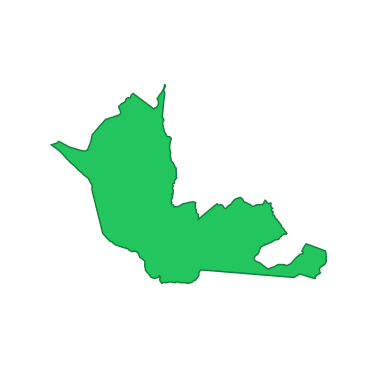 outline of San Antonino el Alto, Oaxaca, Mexico, rotated 196°
{"feature_id": "50627088B50879419202268", "entity_name": "San Antonino el Alto", "entity_type": "district", "adm_level": 2, "iso_a3": "MEX", "parent_name": "Mexico", "parent_adm1": "Oaxaca", "projection": "robinson", "projection_center": [-97.071, 16.822], "detail": "fine", "context": "isolated", "style": "filled", "palette": "green", "viewbox_px": 384, "rotation_deg": 196, "n_neighbors": 0, "source": "geoboundaries", "source_scale": "gbopen_adm2", "svg_char_len": 6025}
<svg xmlns="http://www.w3.org/2000/svg" viewBox="0 0 384 384"><g transform="rotate(196 192 192)"><path d="M266.5,127.8L264.4,126.3L258.1,122.5L256.9,122.1L255.1,121.9L252.6,120.7L251.2,120.2L242.4,119.7L238.2,119.8L236.4,118.8L235.0,118.5L234.5,118.4L233.9,118.3L233.7,118.3L233.3,118.1L232.7,118.4L232.0,118.8L231.5,119.3L231.0,119.4L230.4,119.3L229.8,119.4L229.3,119.3L227.5,118.7L226.8,118.1L226.1,117.4L224.4,115.2L223.6,114.5L222.5,114.4L218.6,112.7L218.1,112.2L217.1,108.0L216.1,106.1L215.2,104.2L214.6,103.5L214.1,103.5L213.5,102.8L213.1,102.4L212.3,102.1L209.6,100.2L208.6,99.3L207.9,98.8L207.1,98.7L205.8,98.6L204.3,98.8L203.6,98.8L202.8,99.3L201.7,100.1L200.5,100.8L200.3,101.4L200.2,102.3L198.7,101.6L199.0,99.1L199.0,98.8L197.7,97.4L195.9,95.8L194.6,97.1L193.9,97.3L193.6,97.5L191.6,97.7L188.8,99.5L183.3,100.1L182.4,101.3L180.2,101.6L178.3,101.5L174.7,102.8L171.9,102.9L170.4,103.3L169.4,103.9L167.7,104.7L167.0,105.4L166.0,107.1L164.1,108.5L164.0,109.3L162.9,111.7L162.5,113.8L162.6,114.5L163.0,115.4L163.2,116.6L162.8,117.8L162.0,119.6L70.3,138.0L65.9,142.9L50.9,142.6L49.8,142.8L50.0,143.5L50.0,144.2L49.8,144.9L49.7,145.2L49.4,145.7L49.3,146.2L49.1,146.5L48.7,146.8L48.3,147.6L48.0,147.7L47.7,148.0L47.3,148.1L46.6,148.9L46.4,149.9L46.6,149.9L47.3,150.5L47.5,151.1L47.7,151.6L48.1,152.8L48.2,153.4L48.1,154.0L48.0,154.6L47.3,155.9L46.7,156.3L46.0,157.4L45.4,157.8L45.0,158.3L44.4,159.2L43.9,160.8L43.8,161.8L44.4,164.1L44.8,165.4L45.1,166.8L45.5,167.7L45.9,169.1L46.5,170.1L46.8,171.1L47.4,171.7L47.6,172.1L68.0,173.7L69.1,170.2L69.4,169.4L69.7,168.6L69.7,167.0L69.9,166.6L70.0,166.0L70.1,165.4L69.7,165.1L69.3,165.0L68.6,164.7L68.3,164.3L68.3,163.6L68.6,163.2L69.2,162.9L70.3,162.4L71.2,161.8L72.0,160.0L72.4,159.7L73.1,158.8L75.4,154.3L76.8,151.1L77.5,149.9L78.4,149.4L80.0,147.8L80.6,147.4L83.9,147.5L85.9,147.0L86.9,146.6L88.6,146.3L89.8,145.4L90.9,144.5L91.9,143.0L95.1,141.0L96.3,140.0L97.4,138.7L107.9,142.8L108.8,142.7L111.0,143.0L111.8,143.3L112.8,143.6L113.6,144.3L114.0,145.2L114.1,146.4L113.8,147.2L113.0,148.7L112.1,149.8L111.5,150.7L111.3,151.2L110.8,158.0L108.3,160.4L107.5,161.1L106.5,162.2L105.2,162.8L104.1,163.8L101.3,165.9L100.8,166.8L100.0,167.7L99.4,168.2L99.0,168.8L98.1,169.1L96.1,170.1L95.6,170.5L95.2,171.7L93.6,174.9L92.9,176.0L92.3,176.4L91.6,177.0L90.6,177.2L89.9,177.2L89.4,178.3L90.0,178.5L90.3,179.2L90.9,179.7L91.6,180.0L92.4,180.0L93.0,181.0L93.4,181.5L94.0,182.2L95.2,182.4L95.6,182.5L96.1,183.2L96.5,183.6L96.9,184.4L97.6,185.1L100.6,187.3L101.8,187.8L102.7,189.1L103.7,189.1L104.8,190.0L106.1,191.9L107.0,192.0L108.3,193.2L108.9,194.1L108.3,195.1L109.7,195.8L110.2,195.7L110.7,196.4L110.9,197.2L110.0,198.5L111.4,199.3L112.4,200.1L112.7,201.2L112.7,202.6L113.0,203.0L113.8,203.0L114.5,202.3L115.3,202.0L116.3,202.1L116.9,202.2L117.4,203.0L118.0,203.4L118.7,203.9L119.5,204.2L119.8,202.5L119.9,202.2L120.1,201.2L120.3,200.5L120.6,199.7L120.9,199.3L121.6,199.3L122.2,199.0L122.8,198.5L125.1,198.1L126.9,197.1L127.9,196.0L129.5,194.9L130.5,194.9L131.1,195.2L132.3,195.9L132.7,196.1L133.4,196.1L135.2,196.2L136.4,196.6L137.7,196.9L138.4,196.7L139.2,197.0L139.9,197.5L140.5,198.1L141.2,198.9L142.7,199.7L143.7,200.1L144.4,199.7L144.9,199.7L145.6,199.3L146.1,198.5L146.7,198.3L147.6,197.9L148.1,197.4L148.9,196.4L150.0,194.3L150.4,193.3L150.8,191.8L151.3,190.9L152.1,190.1L153.0,189.1L153.7,188.2L154.1,187.3L154.4,186.2L154.9,185.5L155.6,185.2L156.5,185.5L157.2,186.1L157.9,186.8L158.5,187.2L159.4,187.6L160.3,187.8L161.1,187.8L161.6,187.2L162.4,186.7L163.3,186.8L164.8,187.5L178.4,167.5L179.2,170.8L179.7,171.7L179.9,172.1L181.8,173.0L182.3,173.5L182.5,174.1L182.6,175.2L182.8,175.6L183.4,176.4L184.2,177.1L184.8,177.8L184.7,178.9L185.5,181.3L185.4,182.7L186.3,182.9L188.1,182.9L188.5,182.8L189.2,182.5L189.8,182.2L191.1,181.7L191.5,181.5L193.9,180.0L194.7,179.6L198.1,177.6L200.0,175.4L201.0,174.5L203.1,173.5L205.2,172.5L206.0,174.2L206.9,174.3L208.3,174.9L208.8,175.6L208.5,176.2L209.2,176.7L209.2,177.3L209.8,177.9L209.8,179.0L209.1,180.8L209.2,181.3L209.7,181.4L209.6,182.5L209.7,183.7L210.6,184.1L210.6,184.6L209.7,184.9L209.9,186.0L210.1,186.2L210.1,186.4L210.2,186.6L210.3,187.0L210.2,187.5L210.3,188.1L210.7,188.8L211.3,189.2L211.4,189.8L211.5,190.2L211.8,190.2L211.9,190.8L211.6,191.9L211.9,192.8L212.5,193.9L212.4,194.7L211.7,195.1L211.4,195.6L211.5,195.9L211.5,196.8L211.7,197.2L211.7,197.6L212.1,198.3L211.8,198.8L211.4,199.7L211.1,200.4L210.8,200.8L210.8,201.2L210.8,201.8L211.2,201.8L211.3,202.2L212.5,206.6L213.1,207.8L213.7,210.5L213.9,210.7L215.2,211.4L218.0,214.6L220.5,216.4L223.1,221.2L223.1,221.7L223.1,222.4L223.4,223.8L224.2,225.2L225.7,228.1L226.0,229.8L226.4,231.7L226.5,233.1L226.7,233.8L226.8,235.0L226.5,237.3L227.3,238.1L228.5,238.9L228.8,238.9L230.2,238.6L231.8,238.7L232.5,239.9L234.9,242.1L237.1,245.9L238.3,248.3L238.8,249.0L239.2,249.9L239.2,252.0L238.8,253.3L239.7,254.6L240.2,255.2L241.2,255.6L244.6,273.9L245.3,279.3L247.2,282.2L247.3,282.7L247.1,284.0L246.8,285.8L246.9,286.6L247.9,288.2L247.7,286.4L247.6,285.5L247.7,284.2L248.1,281.3L248.9,278.4L249.1,278.2L249.3,278.0L249.4,277.7L249.5,277.4L250.3,275.3L250.8,272.8L251.3,272.3L249.1,269.5L248.8,268.2L248.5,267.3L248.5,266.2L248.9,265.0L249.8,263.2L250.6,262.8L251.6,261.3L275.8,270.5L277.1,268.5L277.3,265.2L278.3,265.1L279.3,265.1L280.5,264.0L281.1,262.7L280.9,261.4L281.4,260.3L281.4,259.8L282.5,258.7L284.2,257.4L284.5,256.6L284.9,255.6L285.8,254.7L285.9,253.4L284.8,251.9L283.3,250.1L282.7,249.5L282.4,249.1L282.2,248.5L282.8,246.7L283.9,245.6L284.5,244.7L285.6,244.6L286.5,243.6L287.2,243.4L287.8,243.0L288.1,242.3L288.4,241.9L289.4,241.8L290.0,241.5L291.6,240.2L292.5,239.7L292.9,239.4L293.1,239.1L293.3,238.9L295.0,238.1L303.7,219.6L303.1,212.0L304.0,203.7L306.0,201.9L309.6,201.3L322.4,201.4L334.2,204.0L334.9,202.2L336.2,201.3L340.2,198.5L332.9,195.9L328.1,193.6L322.4,190.0L316.9,186.8L312.1,184.7L309.3,183.0L307.6,181.9L302.8,179.9L301.9,179.0L295.5,176.6L289.9,170.8L288.8,166.6L275.6,143.6L266.5,127.8Z" fill="#22c55e" stroke="#15803d" stroke-width="1.5"/></g></svg>